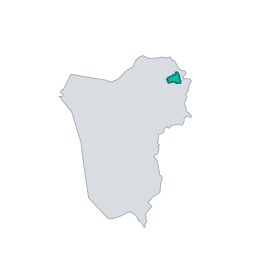 location of Aqra, Ninawa, Iraq, rotated 41°
{"feature_id": "34846034B43190647810772", "entity_name": "Aqra", "entity_type": "district", "adm_level": 2, "iso_a3": "IRQ", "parent_name": "Iraq", "parent_adm1": "Ninawa", "projection": "natural_earth1", "projection_center": [43.799, 36.668], "detail": "fine", "context": "in_parent", "style": "filled", "palette": "teal", "viewbox_px": 256, "rotation_deg": 41, "n_neighbors": 0, "source": "geoboundaries", "source_scale": "gbopen_adm2", "svg_char_len": 4859}
<svg xmlns="http://www.w3.org/2000/svg" viewBox="0 0 256 256"><g transform="rotate(41 128 128)"><path d="M107.2,51.9L108.7,51.5L111.5,49.1L113.2,46.9L113.7,46.7L115.2,47.5L116.3,47.6L118.7,46.8L120.2,47.3L121.4,47.8L122.1,47.8L125.3,49.2L126.2,49.4L127.9,49.6L130.4,49.6L132.0,48.7L133.1,47.9L134.0,47.9L134.7,48.1L135.4,48.5L136.0,49.1L136.2,50.0L136.1,53.0L136.4,53.8L136.8,54.3L137.4,54.4L138.1,53.8L139.3,52.8L140.7,51.8L141.8,50.9L142.5,50.5L143.4,50.6L144.4,50.8L145.0,51.2L145.0,51.4L145.5,52.7L146.8,57.9L147.5,58.6L148.4,59.1L149.0,59.9L149.2,60.6L149.1,61.8L149.2,63.2L149.5,64.3L150.0,65.1L150.5,65.5L151.1,65.6L151.9,65.8L152.5,66.6L154.2,72.4L154.4,73.2L155.2,73.5L156.3,73.3L157.6,74.0L158.9,74.9L160.1,76.7L161.0,77.0L163.6,76.7L167.2,77.0L168.8,77.9L168.7,78.5L167.4,79.1L165.1,79.9L164.5,81.2L164.1,82.8L164.2,83.7L164.7,84.7L166.3,86.8L166.4,87.5L166.7,88.5L167.0,89.2L166.7,90.6L165.3,91.5L163.4,92.5L159.5,97.0L159.3,98.0L159.3,100.6L158.9,101.4L157.7,101.4L156.8,101.2L156.7,102.2L156.1,103.4L155.8,104.5L157.2,107.0L157.5,108.4L157.2,109.6L155.9,111.7L155.2,113.2L155.4,113.5L156.4,114.1L159.6,118.7L160.6,120.4L162.0,119.9L162.5,120.0L162.9,120.2L163.1,120.8L163.1,121.5L162.8,122.5L164.5,123.0L165.1,124.0L167.2,127.7L167.1,128.8L166.1,130.5L166.1,131.6L166.4,132.6L166.7,133.0L169.6,133.1L170.9,133.6L174.0,135.4L177.5,138.3L180.4,140.6L182.8,142.6L185.4,142.5L186.2,142.8L186.8,143.5L187.6,145.1L189.1,148.8L190.4,150.0L192.4,153.0L194.3,155.8L193.1,159.6L192.0,163.5L192.0,168.6L192.0,171.3L194.6,171.4L197.4,171.5L197.4,174.8L197.5,178.1L197.5,181.8L198.4,182.0L199.7,182.8L200.3,184.0L201.0,184.6L201.8,184.7L202.7,185.3L203.5,186.4L203.8,187.2L203.6,187.8L203.8,188.8L204.4,190.2L205.1,190.9L206.2,191.7L204.7,192.1L203.1,191.8L199.7,190.1L198.6,190.1L197.1,190.7L197.1,191.3L193.4,189.4L192.1,189.1L191.6,189.0L189.6,189.0L186.6,189.4L184.9,190.1L183.7,190.9L183.2,191.7L183.0,192.1L182.0,194.4L181.0,197.3L179.9,200.0L177.7,203.7L176.5,205.4L173.9,208.6L171.1,209.3L164.5,208.6L157.2,207.9L150.0,207.2L144.6,206.7L144.2,206.6L138.8,202.0L134.6,198.4L129.4,193.9L124.0,189.3L118.6,184.6L114.7,181.2L109.9,176.9L105.6,172.9L102.1,169.8L97.7,167.0L94.3,164.9L89.3,161.8L85.3,159.3L81.9,157.1L76.7,153.8L74.9,152.9L69.5,151.9L64.3,150.9L59.0,150.0L55.4,149.3L57.8,147.0L57.1,144.9L55.4,145.3L53.8,145.8L52.9,142.5L54.1,142.1L53.0,137.8L51.9,133.5L50.9,129.2L49.8,124.9L54.3,122.1L57.7,120.0L62.5,117.1L67.1,114.3L71.4,111.7L76.2,108.7L80.5,106.1L84.4,105.0L85.2,104.2L87.0,100.6L88.5,97.6L88.6,96.9L88.7,92.5L89.0,87.4L89.5,84.7L90.4,82.3L91.2,80.5L91.3,78.9L91.2,77.2L90.4,74.7L89.5,72.1L89.7,69.5L89.8,68.2L90.4,66.0L91.3,64.4L92.3,63.5L96.0,62.4L98.2,61.8L101.1,59.0L102.8,57.4L105.3,54.7L107.0,52.8L107.2,52.1L107.2,51.9Z" fill="#d9dde1" stroke="#a8b0b8" stroke-width="1"/><path d="M127.5,57.4L127.4,57.4L127.4,57.5L127.3,57.9L127.2,58.2L127.2,58.3L127.2,58.5L127.2,58.9L127.2,59.1L127.2,59.3L127.1,59.5L126.9,59.7L126.8,59.8L126.8,60.0L126.8,60.3L126.8,60.5L126.7,60.5L126.6,60.8L126.4,61.0L126.2,61.2L126.2,61.3L126.1,61.5L125.9,61.7L125.9,61.8L125.9,62.0L125.7,62.3L125.7,62.5L125.7,62.8L125.6,63.0L125.4,63.3L125.3,63.5L125.2,63.6L125.2,63.8L125.2,64.0L125.3,64.0L125.4,64.3L125.5,64.5L125.5,65.0L125.4,65.1L125.2,65.1L125.1,65.4L125.1,65.5L125.3,65.8L125.4,66.0L125.6,66.0L125.7,65.9L126.0,65.9L126.2,66.1L126.3,66.1L126.4,66.3L126.5,66.4L126.6,66.5L126.9,66.4L127.1,66.3L127.2,66.2L127.5,66.0L127.8,66.3L127.9,66.7L127.9,67.0L128.0,67.2L128.0,67.3L128.3,67.4L128.4,67.5L128.7,67.4L128.9,67.4L129.0,67.4L129.3,67.2L129.4,66.9L129.6,66.7L129.8,66.5L130.0,66.3L130.2,66.0L130.2,65.8L130.2,65.7L130.2,65.3L130.1,65.2L130.5,65.0L130.9,64.8L131.0,64.7L131.0,64.4L130.9,64.0L131.0,64.0L131.6,64.1L131.7,63.9L131.8,63.4L132.3,63.4L132.5,63.1L132.9,62.7L133.1,62.4L133.4,62.2L133.6,62.1L133.9,62.1L134.1,62.3L134.2,62.5L134.5,62.2L134.8,62.0L135.0,62.1L135.3,62.4L135.4,62.2L135.5,62.1L135.7,61.9L135.8,61.8L136.0,61.6L136.2,61.4L136.4,61.3L136.5,61.2L136.7,60.9L136.9,60.8L137.0,60.7L137.3,60.6L137.6,60.2L137.7,59.9L137.8,59.8L137.8,59.7L138.0,59.7L138.0,59.3L137.6,59.1L137.5,58.9L137.4,58.6L137.2,58.3L137.1,58.1L136.9,58.0L136.8,57.9L136.7,57.9L136.2,57.7L135.6,57.5L135.5,57.4L135.3,57.4L134.9,57.1L134.7,57.1L134.1,56.9L134.0,56.3L133.9,56.3L133.8,56.2L133.7,56.2L133.5,55.9L133.4,55.8L133.3,55.6L133.1,55.5L132.8,55.3L132.4,55.0L132.2,54.9L132.0,54.7L131.8,54.6L131.5,54.6L131.4,54.5L131.2,54.3L131.0,54.2L130.9,54.1L130.7,53.9L130.8,53.9L130.4,53.9L130.1,53.9L129.9,53.8L129.6,53.7L129.2,53.6L128.9,53.5L128.7,53.5L128.3,53.6L128.2,53.9L128.1,54.1L128.0,54.3L127.7,54.5L127.4,54.8L127.5,54.9L127.6,55.0L127.9,55.0L128.0,55.0L128.5,55.3L128.7,55.6L128.6,55.9L128.6,56.1L128.6,56.4L128.6,56.5L128.6,57.0L128.7,57.3L128.3,57.4L128.0,57.4L127.7,57.4L127.5,57.4Z" fill="#14b8a6" stroke="#0f766e" stroke-width="1.5"/></g></svg>